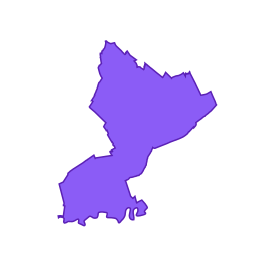 Murgeni, Vaslui, Romania, rotated 74°
{"feature_id": "2599482B64804432182882", "entity_name": "Murgeni", "entity_type": "district", "adm_level": 2, "iso_a3": "ROU", "parent_name": "Romania", "parent_adm1": "Vaslui", "projection": "robinson", "projection_center": [28.041, 46.199], "detail": "fine", "context": "isolated", "style": "filled", "palette": "violet", "viewbox_px": 256, "rotation_deg": 74, "n_neighbors": 0, "source": "geoboundaries", "source_scale": "gbopen_adm2", "svg_char_len": 5720}
<svg xmlns="http://www.w3.org/2000/svg" viewBox="0 0 256 256"><g transform="rotate(74 128 128)"><path d="M195.1,219.5L194.9,219.0L194.8,218.4L195.0,217.2L195.8,215.6L196.3,215.0L197.1,214.5L197.5,214.4L200.6,215.7L201.5,215.5L201.8,215.3L201.9,214.3L201.9,213.7L201.8,213.1L201.4,211.6L201.4,211.1L202.4,208.0L202.6,207.2L202.6,206.6L202.6,206.0L202.4,204.7L201.8,202.3L201.8,201.3L201.9,201.0L202.1,200.8L202.6,200.7L203.2,200.8L204.0,201.1L205.2,201.7L205.8,201.7L206.5,201.0L207.3,200.0L209.1,198.0L209.5,197.6L209.8,196.9L209.8,196.6L209.7,196.4L209.3,196.0L208.5,195.8L205.8,196.0L205.2,195.7L204.8,195.2L202.3,189.5L202.4,188.7L202.6,188.4L203.3,187.5L204.5,186.5L205.2,185.5L205.6,184.4L205.7,182.8L205.6,182.5L205.2,182.0L204.2,181.2L203.4,180.8L202.1,180.3L201.4,179.8L201.1,179.3L201.2,177.5L201.8,175.4L203.2,172.3L203.5,171.8L203.8,171.6L204.0,171.5L204.6,171.6L205.6,172.0L207.1,172.9L207.7,173.0L208.0,172.9L208.4,172.5L208.9,171.1L209.3,169.8L209.8,168.3L210.9,165.9L211.5,164.8L212.4,164.1L213.4,163.6L214.8,163.2L216.0,163.2L216.6,162.9L216.7,162.7L216.5,161.9L216.0,161.0L215.2,159.9L214.5,158.6L213.8,157.5L213.2,156.8L212.1,155.7L211.0,154.9L207.1,153.2L206.1,152.5L205.1,151.2L204.7,149.8L204.8,149.3L205.3,148.4L205.5,148.2L206.1,148.0L206.4,148.0L207.7,148.5L210.9,150.1L212.4,150.8L212.9,150.9L214.3,151.1L215.6,150.9L216.4,150.4L216.9,150.0L217.4,149.1L217.6,148.4L217.7,147.7L216.1,147.1L211.0,146.4L209.1,145.8L208.5,145.4L208.0,145.1L207.2,143.7L207.0,142.3L207.0,141.9L207.1,141.4L207.7,141.1L208.3,140.9L209.3,141.0L210.3,141.3L210.9,141.6L213.6,143.9L214.1,144.0L214.5,144.0L214.7,143.8L215.2,143.0L215.6,140.7L215.7,137.7L215.6,135.9L215.5,135.4L215.3,135.0L215.2,134.8L214.6,134.6L213.9,134.9L213.3,135.3L212.7,135.2L212.0,134.6L211.4,133.8L210.3,131.8L209.9,131.5L209.7,131.4L208.6,131.5L205.5,132.5L201.1,134.6L201.8,138.7L202.3,139.7L202.3,140.3L199.2,140.3L195.6,140.2L197.0,142.7L194.4,144.3L178.7,144.9L178.3,145.1L177.9,145.1L177.7,143.5L177.5,143.2L177.6,142.8L177.3,141.6L176.2,140.0L176.2,139.1L176.4,138.1L176.5,136.3L176.4,135.5L176.5,134.2L176.5,132.9L176.4,132.9L176.2,132.4L176.4,131.6L176.6,130.5L176.2,130.1L175.9,129.6L175.9,129.3L175.7,128.9L175.6,128.1L175.3,127.6L175.1,127.3L174.9,127.2L174.8,126.9L173.5,125.6L173.4,125.3L173.2,125.1L172.4,124.6L171.4,123.5L170.9,123.1L170.7,122.8L170.6,122.5L170.0,122.1L169.3,121.6L169.2,121.4L168.6,120.7L167.4,120.3L166.2,119.6L165.9,119.5L165.1,119.0L164.6,118.8L163.6,118.4L162.6,117.6L162.2,117.5L161.5,117.1L160.6,116.3L159.3,114.7L158.9,114.4L158.6,113.9L157.4,112.8L156.7,111.9L155.3,111.1L154.1,109.9L153.6,109.6L153.9,109.4L154.6,108.5L154.9,107.8L153.6,94.5L153.1,91.1L152.4,81.9L151.9,78.6L151.6,77.1L150.8,74.7L149.8,72.4L148.4,70.9L148.5,70.5L145.1,64.9L146.0,64.8L144.3,62.2L143.0,61.4L141.5,61.3L139.8,56.8L139.3,55.3L138.1,52.6L137.8,51.5L137.9,50.6L137.8,50.4L137.5,50.3L135.9,46.3L135.4,45.6L134.8,43.9L133.9,42.3L130.2,36.5L129.4,36.8L128.1,36.8L126.5,36.9L120.2,37.8L115.9,38.3L116.9,42.1L117.1,43.5L116.6,49.0L104.5,51.0L104.2,51.0L93.0,53.2L92.9,53.4L92.5,53.3L91.8,53.3L91.5,53.2L90.9,53.3L91.2,53.7L91.8,54.2L92.1,54.6L92.4,54.8L92.5,54.9L92.5,55.1L92.2,55.3L92.0,55.6L92.1,56.0L92.3,56.2L92.2,56.3L91.8,56.8L92.2,57.0L92.1,57.3L91.7,57.2L91.3,57.5L91.8,57.8L91.9,58.1L92.2,58.3L92.4,58.3L92.5,58.0L93.3,58.4L93.9,58.6L90.2,59.6L91.1,61.9L91.5,64.8L91.2,67.6L91.5,71.0L91.8,72.1L92.2,72.4L84.9,76.5L87.4,78.8L87.9,79.7L88.6,80.2L89.0,80.8L88.9,80.9L85.5,83.3L82.6,85.4L77.6,88.8L75.6,90.3L74.1,91.2L73.4,92.0L73.1,91.9L70.4,93.8L71.0,93.9L71.5,94.3L71.8,94.4L72.1,94.2L72.3,94.3L72.3,94.5L72.8,94.7L73.4,95.0L73.4,95.3L73.1,95.3L73.4,95.5L73.6,95.7L73.9,95.5L74.3,95.8L74.6,95.7L74.7,95.9L74.9,95.9L75.1,96.1L75.3,96.2L75.6,96.5L75.9,96.5L76.2,96.9L75.8,97.3L75.4,97.5L73.8,99.0L72.6,99.6L72.0,101.2L72.0,101.8L72.1,102.5L71.3,102.4L70.8,102.1L70.5,102.1L68.0,102.3L67.3,102.7L66.1,103.2L65.3,103.6L64.8,101.2L58.6,106.0L53.8,107.6L54.9,109.4L55.5,109.1L55.8,109.7L56.4,110.2L56.5,110.7L56.3,110.9L53.6,112.4L51.8,113.2L46.3,116.5L45.2,117.0L43.8,117.3L42.4,117.4L42.3,117.5L42.3,118.6L42.2,120.2L42.2,120.9L42.0,121.6L41.4,122.4L40.3,123.6L39.6,124.2L38.6,124.7L38.3,125.0L38.3,125.7L38.8,125.8L39.4,125.7L40.9,126.2L42.8,127.2L44.5,128.3L45.3,129.2L45.6,130.0L46.5,130.6L46.7,130.9L46.7,131.5L46.9,131.8L48.0,132.3L49.2,132.7L48.5,133.8L48.5,134.0L49.5,134.4L52.1,134.8L52.6,135.2L53.1,135.1L56.9,135.6L58.6,135.7L59.0,136.4L59.4,136.9L59.6,137.4L59.9,137.9L59.9,138.2L60.2,138.3L60.2,138.6L60.5,138.8L60.7,139.0L61.0,139.2L61.4,139.7L62.0,140.0L67.8,140.1L70.3,139.8L72.9,139.1L73.4,139.5L73.8,140.1L75.6,142.1L76.0,142.7L76.3,143.4L76.4,143.5L78.8,145.2L79.5,145.4L80.5,146.3L81.7,146.7L83.3,148.1L84.7,149.1L85.6,149.9L87.3,151.3L87.7,151.1L91.6,155.5L91.7,154.9L92.8,154.4L96.1,158.1L96.8,159.1L97.1,159.3L98.3,158.9L103.4,155.5L116.9,147.8L118.6,149.7L120.1,151.0L123.5,149.8L124.6,149.6L124.5,148.8L124.9,148.8L127.9,148.4L128.2,148.6L128.6,149.3L128.9,149.5L133.9,148.3L137.5,147.3L137.4,147.0L137.5,147.0L138.9,146.5L139.9,147.1L140.3,147.1L141.0,146.8L141.2,146.6L141.4,146.2L143.7,145.9L144.5,149.7L146.2,149.3L146.5,150.0L146.1,150.1L145.9,150.4L145.5,151.0L145.6,151.5L145.7,151.8L146.4,151.9L150.0,150.9L149.2,157.0L148.0,166.6L147.9,167.2L148.2,167.9L144.7,168.3L146.5,173.6L146.6,173.9L146.9,174.5L146.9,175.0L147.5,176.3L147.5,176.8L148.1,178.4L149.1,181.0L152.4,192.1L153.7,195.7L154.1,196.3L154.9,198.1L155.7,198.5L156.4,198.7L162.1,205.2L162.8,209.6L178.2,210.0L182.3,210.1L183.0,210.3L184.5,211.0L184.4,211.3L184.8,211.4L184.9,211.1L185.5,210.5L185.6,210.3L195.0,214.5L194.7,215.0L193.7,217.1L193.3,219.3L195.1,219.5Z" fill="#8b5cf6" stroke="#5b21b6" stroke-width="1.5"/></g></svg>